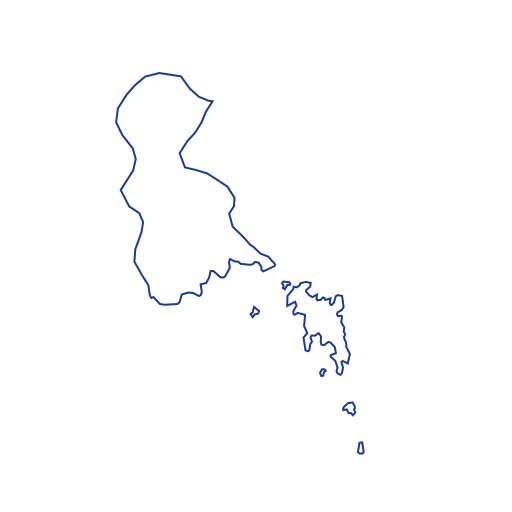 Sonchon, P'yŏngan-bukto, North Korea (orthographic projection), rotated 302°
{"feature_id": "82179303B49493469146837", "entity_name": "Sonchon", "entity_type": "district", "adm_level": 2, "iso_a3": "PRK", "parent_name": "North Korea", "parent_adm1": "P'yŏngan-bukto", "projection": "orthographic", "projection_center": [124.88, 39.674], "detail": "fine", "context": "isolated", "style": "outline", "palette": "blue", "viewbox_px": 512, "rotation_deg": 302, "n_neighbors": 0, "source": "geoboundaries", "source_scale": "gbopen_adm2", "svg_char_len": 2896}
<svg xmlns="http://www.w3.org/2000/svg" viewBox="0 0 512 512"><g transform="rotate(302 256 256)"><path d="M307.9,60.7L295.2,66.6L287.7,78.6L281.9,94.6L274.6,102.6L263.6,106.5L251.0,106.4L240.2,106.3L230.8,122.3L230.5,134.3L224.9,142.3L215.8,146.2L206.7,148.2L197.6,150.1L186.6,156.0L179.1,170.0L174.1,180.3L169.5,184.1L166.4,186.9L165.0,189.5L166.8,190.8L164.4,200.0L166.3,204.5L173.7,214.9L176.6,215.6L183.7,213.5L185.2,214.4L189.4,218.4L191.3,222.2L191.8,228.7L193.4,229.9L196.6,229.2L202.6,224.1L206.8,228.1L212.8,227.7L213.1,227.6L219.1,225.5L220.7,227.7L219.1,237.4L220.7,239.9L222.3,240.6L232.0,240.1L236.7,236.3L239.6,235.6L240.2,241.0L241.8,244.0L241.2,247.1L245.2,255.3L247.1,257.5L250.3,258.2L251.8,261.7L249.5,266.4L247.1,268.0L246.8,270.3L252.4,273.9L257.3,277.1L258.8,276.8L260.1,274.0L260.1,272.8L262.0,266.8L260.4,258.8L262.4,248.8L262.5,244.8L264.4,238.8L266.4,230.8L268.4,220.8L277.7,210.8L286.7,210.9L294.0,206.9L299.7,194.9L300.0,182.9L300.2,170.9L296.9,158.8L293.5,148.8L302.7,136.8L317.2,136.9L328.0,139.0L340.6,139.0L351.5,137.1L360.6,137.1L364.2,137.2L362.4,133.1L360.8,123.1L362.9,111.1L368.6,97.1L365.1,89.1L359.9,77.0L349.3,66.9L336.7,62.9L333.6,62.3L324.1,60.8L307.9,60.7ZM241.9,304.3L238.9,303.8L230.2,308.9L237.9,313.4L235.5,316.6L228.8,317.0L226.8,318.4L226.8,320.1L229.9,321.6L232.1,328.8L222.1,333.9L217.7,340.4L212.0,339.5L202.2,348.0L202.7,350.4L204.1,351.2L204.8,350.9L210.1,348.7L212.9,348.9L216.0,345.3L218.0,345.3L219.8,348.3L223.7,349.9L222.3,353.7L216.7,356.9L215.5,358.5L216.4,361.0L221.5,362.9L222.1,365.0L220.5,371.1L215.9,375.3L211.5,371.9L210.2,372.7L209.1,378.8L204.7,384.2L200.8,385.4L199.8,387.2L199.9,390.5L202.3,390.9L207.3,389.0L211.5,384.6L212.9,385.2L213.1,386.8L213.5,390.8L218.9,388.9L222.6,387.6L226.8,380.8L230.1,378.4L233.6,373.6L236.8,373.2L238.3,370.6L242.2,368.7L245.0,363.3L250.4,361.0L250.4,359.6L248.5,357.6L249.3,355.6L251.5,355.1L255.6,357.3L259.0,357.4L267.8,350.1L266.1,346.0L264.1,345.0L262.7,345.4L258.2,346.7L254.8,346.3L254.1,345.3L255.5,343.2L259.6,341.6L255.5,338.2L256.7,336.4L256.4,334.8L253.0,334.1L250.9,331.5L251.6,330.1L255.5,328.2L251.0,325.6L250.9,322.1L252.3,317.4L253.6,316.6L258.8,318.2L262.1,316.7L260.5,312.1L256.5,308.1L254.0,308.5L250.9,307.1L250.0,304.2L247.7,305.1L241.9,304.3ZM181.5,418.6L182.9,415.5L180.0,412.0L174.9,410.6L172.3,410.9L171.6,411.8L174.0,414.3L171.8,417.7L173.1,419.8L172.3,422.6L176.0,423.1L177.7,420.5L179.5,420.5L181.5,418.6ZM154.2,444.8L152.4,442.8L143.8,446.3L143.4,448.6L144.9,451.0L146.7,451.3L154.2,444.8ZM211.8,281.3L206.5,283.0L203.9,282.1L202.4,285.6L205.7,285.8L208.1,288.3L210.9,287.8L211.8,281.3ZM248.9,292.9L246.9,292.4L245.2,295.3L243.1,295.8L243.0,298.1L248.1,297.9L249.3,300.0L250.6,299.9L251.4,298.1L248.9,292.9ZM196.2,374.3L194.9,372.0L190.8,372.2L188.8,375.0L190.2,376.5L193.4,375.1L195.5,376.0L196.2,374.3Z" fill="none" stroke="#1e3a8a" stroke-width="2"/></g></svg>